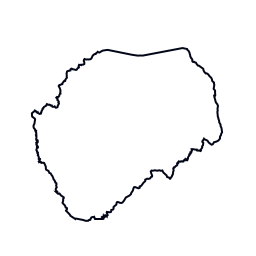 Veal Veaeng, Pouthisat, Cambodia (Robinson projection), rotated 165°
{"feature_id": "14789045B9222272664434", "entity_name": "Veal Veaeng", "entity_type": "district", "adm_level": 2, "iso_a3": "KHM", "parent_name": "Cambodia", "parent_adm1": "Pouthisat", "projection": "robinson", "projection_center": [103.138, 12.256], "detail": "fine", "context": "isolated", "style": "outline", "palette": "ink", "viewbox_px": 256, "rotation_deg": 165, "n_neighbors": 0, "source": "geoboundaries", "source_scale": "gbopen_adm2", "svg_char_len": 5770}
<svg xmlns="http://www.w3.org/2000/svg" viewBox="0 0 256 256"><g transform="rotate(165 128 128)"><path d="M51.7,90.3L50.4,90.3L48.6,92.0L48.0,91.9L47.2,92.0L46.0,92.0L44.0,92.5L42.9,93.2L41.8,94.1L41.6,95.3L41.0,96.3L40.2,96.8L39.5,98.2L38.2,99.6L37.7,103.9L38.1,106.0L37.7,107.5L38.2,108.9L38.4,109.9L38.1,111.5L38.3,113.7L38.1,114.6L38.3,115.6L37.5,120.5L36.8,121.6L36.6,123.4L35.5,125.7L35.4,126.6L35.6,127.9L36.5,130.0L36.5,135.9L36.4,137.1L36.2,137.2L35.4,136.8L35.2,137.1L34.7,140.0L34.3,141.0L34.3,141.7L34.7,142.8L35.1,143.4L35.1,143.8L33.9,146.3L33.4,147.8L33.5,148.5L33.2,149.7L34.0,150.8L34.4,151.6L34.5,152.2L34.3,153.3L34.7,155.1L36.0,157.2L36.4,158.6L37.2,159.8L38.0,160.5L38.7,160.5L39.6,162.0L40.1,163.9L40.0,165.5L40.5,166.4L42.5,168.7L42.9,169.4L43.5,169.9L44.1,170.0L45.0,171.6L45.5,173.6L46.5,174.1L47.1,174.9L47.9,174.9L48.4,175.3L48.6,176.3L48.2,177.1L48.3,177.8L48.5,178.7L48.9,179.1L49.3,181.3L49.1,182.2L49.2,185.6L49.6,186.9L50.5,188.3L50.5,189.0L54.6,191.1L94.7,194.1L100.1,195.5L105.2,197.7L127.2,208.6L128.6,208.9L132.7,209.3L136.0,208.3L136.9,208.7L137.5,209.4L138.1,208.9L139.0,208.8L140.1,207.8L140.8,208.1L141.8,207.8L143.3,207.1L145.4,204.6L146.4,204.2L148.1,204.3L148.8,204.6L151.1,205.1L152.1,205.9L152.7,205.5L153.4,204.3L153.2,202.8L153.6,201.2L154.6,200.8L156.1,201.1L156.9,200.8L157.3,201.3L158.4,201.4L158.9,201.7L159.8,200.4L159.6,199.4L160.0,199.0L161.2,198.8L162.3,197.7L163.1,197.5L166.4,199.2L166.9,199.8L167.4,200.0L168.4,199.5L168.7,198.5L171.3,198.6L172.2,198.4L173.3,196.4L173.5,194.6L173.9,193.7L174.0,192.4L175.2,191.6L176.0,190.8L176.5,189.7L177.0,189.6L177.4,190.0L178.3,189.4L179.7,188.2L180.1,187.4L180.9,187.6L182.0,187.1L183.1,187.3L184.1,186.5L183.6,184.3L183.5,182.8L183.6,181.2L184.2,180.1L184.3,178.7L184.9,178.6L185.7,177.7L186.2,176.7L187.1,176.1L188.0,176.1L188.6,176.4L189.4,175.9L189.2,175.4L188.4,174.9L189.0,173.4L188.4,172.8L188.1,171.4L188.7,170.6L188.3,170.0L188.4,169.4L190.1,167.7L190.6,166.5L191.5,166.2L192.5,166.3L192.8,166.6L193.2,167.7L193.5,167.5L195.5,168.1L195.8,169.5L197.0,169.7L197.2,170.4L197.7,170.8L198.6,170.9L200.1,172.1L200.6,171.7L200.9,170.9L203.6,170.1L204.9,169.2L204.9,168.7L205.8,168.4L206.2,167.5L207.1,166.7L207.4,165.9L208.0,165.6L208.1,164.8L208.5,164.4L209.8,164.5L211.0,165.8L211.1,166.6L211.7,166.3L212.2,166.8L212.8,168.5L213.5,169.0L214.0,168.3L214.5,168.3L217.0,167.1L217.5,165.0L217.6,163.8L215.6,161.2L215.5,160.4L217.3,156.3L218.5,155.0L218.8,154.3L219.0,152.9L218.9,152.3L218.2,150.8L218.4,150.2L217.5,149.2L218.2,148.5L218.1,148.0L217.8,148.0L218.0,146.4L218.4,145.3L218.8,145.1L218.8,144.9L218.4,144.6L218.8,143.9L218.6,143.6L219.0,142.2L219.4,141.6L219.6,140.9L219.6,140.7L219.2,140.3L219.4,139.9L218.5,139.4L218.6,138.8L219.2,138.4L218.7,138.2L218.7,137.9L219.4,137.3L220.1,137.8L220.5,137.5L220.4,136.1L220.8,135.6L220.3,134.7L220.8,133.6L219.9,133.3L219.9,132.7L220.2,132.3L221.1,132.1L222.0,130.9L222.2,130.2L221.9,129.5L222.1,128.6L221.7,128.3L221.4,127.5L222.0,126.9L221.6,125.9L222.2,125.0L221.9,124.5L221.7,122.9L222.2,121.3L221.0,120.9L221.0,120.7L221.8,120.2L221.7,119.0L222.3,119.2L222.8,118.8L222.5,118.4L222.6,118.0L221.4,118.0L220.9,117.7L220.9,116.9L220.7,116.7L218.7,116.4L218.3,115.9L218.0,115.8L217.4,112.0L217.9,109.8L217.8,108.9L215.9,107.1L215.6,105.0L214.4,104.1L213.9,101.9L213.5,101.3L213.1,98.5L213.2,97.7L212.6,96.5L212.2,95.0L212.4,94.7L212.2,93.9L211.5,93.2L211.5,92.9L211.6,92.2L212.3,91.2L212.2,89.1L213.1,88.5L213.8,87.1L213.7,85.8L213.0,85.2L212.7,84.5L212.9,83.8L213.6,84.2L212.7,82.7L212.0,82.4L211.1,82.4L210.3,80.4L208.0,77.6L208.3,76.8L209.0,76.3L209.5,74.4L210.6,72.7L210.5,72.3L208.9,69.3L208.8,67.3L207.8,66.6L207.8,65.7L208.3,64.9L208.9,64.6L209.3,64.2L207.0,60.2L206.4,58.8L206.4,58.2L202.5,53.8L202.3,54.1L201.7,54.0L195.0,50.7L193.1,49.4L190.5,48.7L189.9,49.2L188.6,49.0L188.3,49.1L188.3,49.5L187.3,50.1L187.0,50.6L186.4,51.1L185.6,51.2L184.7,51.0L184.5,50.8L183.7,51.0L183.4,49.3L183.4,48.6L176.1,46.7L175.3,46.6L175.0,46.9L175.3,48.0L176.1,48.2L176.3,48.7L176.1,48.8L175.7,48.6L174.8,48.6L174.5,49.2L174.4,48.6L174.1,48.4L173.8,49.2L173.6,49.3L173.6,49.0L173.3,48.5L173.0,48.8L173.1,49.4L172.8,49.5L172.7,48.7L172.4,48.3L172.1,48.3L172.1,48.5L171.6,48.8L171.3,48.2L171.0,48.9L170.3,49.0L170.2,49.9L170.5,51.7L170.1,52.4L167.4,51.3L166.1,51.4L165.3,53.2L164.4,53.0L163.5,53.2L163.0,53.6L162.6,54.5L162.5,55.3L161.4,56.0L159.3,56.9L159.0,57.2L158.4,58.6L157.8,59.2L157.5,59.3L156.3,58.8L155.3,57.9L154.4,57.5L153.5,57.3L152.5,57.5L150.5,59.0L148.1,61.4L144.0,62.4L142.2,63.4L141.6,64.5L139.5,66.3L138.5,68.0L137.6,69.2L136.6,69.2L133.6,67.1L132.3,67.1L132.1,67.3L131.9,68.5L130.1,68.8L127.1,71.2L125.2,72.2L125.0,72.5L124.8,73.6L124.5,73.8L123.2,73.8L122.7,74.1L121.1,73.5L119.7,73.6L118.4,74.7L117.4,74.8L117.0,75.5L117.3,78.4L117.3,79.9L117.2,80.2L116.3,80.8L115.2,80.3L113.0,80.2L110.9,79.2L108.5,79.0L107.3,78.1L105.8,78.1L105.4,75.9L103.0,72.2L102.9,70.5L101.3,69.6L100.7,68.2L100.2,68.1L99.3,69.1L98.2,69.8L97.6,70.9L96.8,71.4L95.7,74.0L94.9,75.2L94.8,77.1L94.0,78.0L93.5,77.7L91.7,78.9L90.6,79.1L89.8,79.7L89.8,81.0L88.9,81.8L88.5,81.5L88.4,81.9L88.0,82.0L87.6,82.5L87.3,82.2L87.0,82.3L85.8,81.8L85.4,82.1L84.5,81.9L84.2,81.5L83.2,81.3L82.6,82.2L82.2,82.4L81.6,82.1L81.4,82.5L80.8,83.1L80.6,82.5L80.3,82.2L80.0,82.4L79.3,81.5L78.8,81.8L78.7,82.8L78.0,82.9L77.7,83.9L76.9,84.9L75.7,85.7L75.7,86.7L75.4,86.8L75.1,86.6L74.1,87.1L74.2,88.2L74.0,88.5L73.0,88.3L72.7,88.7L72.4,89.7L72.0,89.9L72.0,91.1L71.1,90.9L68.3,89.6L67.1,89.3L67.2,88.5L65.9,87.9L65.0,88.0L64.1,87.0L63.6,87.1L63.3,87.4L63.2,88.2L62.4,89.1L61.4,89.8L61.1,91.2L60.0,92.0L59.1,94.2L59.8,95.4L59.4,96.2L58.9,96.4L57.4,98.0L57.0,97.1L56.1,96.6L54.9,95.6L54.3,94.7L53.8,93.1L51.7,90.3Z" fill="none" stroke="#020617" stroke-width="2"/></g></svg>